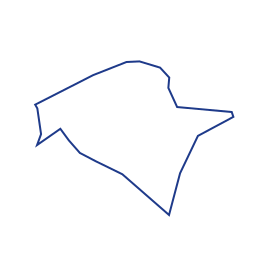 the district of Nam-gu [South District], Daegu, South Korea, rotated 110°
{"feature_id": "91817680B72214553011774", "entity_name": "Nam-gu [South District]", "entity_type": "district", "adm_level": 2, "iso_a3": "KOR", "parent_name": "South Korea", "parent_adm1": "Daegu", "projection": "equal_earth", "projection_center": [128.586, 35.828], "detail": "fine", "context": "isolated", "style": "outline", "palette": "blue", "viewbox_px": 256, "rotation_deg": 110, "n_neighbors": 0, "source": "geoboundaries", "source_scale": "gbopen_adm2", "svg_char_len": 415}
<svg xmlns="http://www.w3.org/2000/svg" viewBox="0 0 256 256"><g transform="rotate(110 128 128)"><path d="M175.1,207.6L151.9,191.3L159.9,179.3L167.9,164.7L170.3,146.7L173.4,117.5L195.7,59.7L152.7,63.6L111.5,59.6L81.5,32.8L77.5,36.0L91.5,89.0L76.5,103.8L66.5,106.5L60.3,118.5L61.5,140.0L66.5,152.0L90.2,178.8L137.8,223.2L140.6,219.9L163.5,207.6L175.1,207.6Z" fill="none" stroke="#1e3a8a" stroke-width="2"/></g></svg>